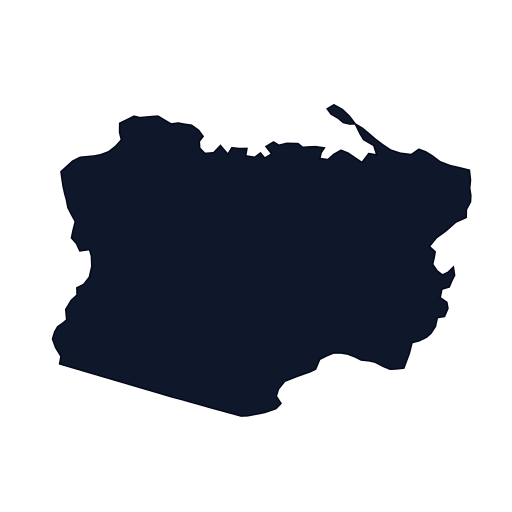 the district of Fortim, Ceará, Brazil, rotated 8°
{"feature_id": "56859067B63488334725218", "entity_name": "Fortim", "entity_type": "district", "adm_level": 2, "iso_a3": "BRA", "parent_name": "Brazil", "parent_adm1": "Ceará", "projection": "orthographic", "projection_center": [-37.861, -4.461], "detail": "fine", "context": "isolated", "style": "filled", "palette": "ink", "viewbox_px": 512, "rotation_deg": 8, "n_neighbors": 0, "source": "geoboundaries", "source_scale": "gbopen_adm2", "svg_char_len": 2198}
<svg xmlns="http://www.w3.org/2000/svg" viewBox="0 0 512 512"><g transform="rotate(8 256 256)"><path d="M458.8,188.6L457.9,180.6L460.9,172.6L460.4,166.4L458.2,159.0L457.9,151.1L455.4,141.3L446.0,140.3L435.5,139.4L425.1,137.0L416.3,132.1L409.6,129.2L402.4,127.6L395.7,133.9L384.6,134.1L374.6,132.3L365.7,128.0L358.0,123.7L351.3,119.4L343.9,114.8L335.9,111.4L342.1,120.6L346.4,125.8L357.2,130.2L361.5,139.1L353.4,138.8L347.9,148.6L340.9,145.2L332.8,141.2L325.5,139.4L318.7,144.6L313.8,150.5L305.6,150.5L306.2,144.6L308.7,139.4L299.5,139.4L293.1,140.6L287.2,141.9L282.0,138.8L270.7,140.1L263.3,143.1L257.5,140.6L250.6,146.2L257.3,152.7L251.0,157.8L246.1,153.3L241.0,158.4L231.8,158.2L232.1,150.7L224.4,151.9L217.0,152.1L214.0,159.1L205.4,151.5L199.7,159.6L191.1,161.5L185.3,157.0L183.9,150.4L187.0,144.9L181.6,139.4L173.9,135.4L166.9,135.4L160.4,135.1L153.6,137.0L147.5,134.5L139.5,131.1L133.8,132.3L121.7,135.1L115.7,134.5L110.4,138.2L102.5,143.5L103.7,152.6L106.5,159.7L101.8,166.7L95.7,173.1L88.3,177.2L82.0,179.4L68.1,182.7L61.1,187.6L51.1,199.6L53.1,206.7L55.3,214.1L58.0,221.2L60.3,226.4L63.0,234.3L67.3,240.4L72.2,247.0L71.3,255.3L70.7,263.8L76.5,268.7L80.8,275.5L90.2,272.8L93.0,278.9L94.8,289.1L93.9,300.1L89.3,308.1L83.0,312.4L84.2,319.5L79.1,325.7L75.0,335.4L77.4,345.6L73.4,349.9L69.4,353.6L67.2,359.1L66.0,366.5L70.3,374.6L76.8,382.5L76.5,390.2L192.9,407.4L200.8,408.3L234.6,412.9L263.6,416.6L270.1,415.4L286.4,409.8L297.0,404.4L301.3,398.5L295.6,392.0L296.8,384.6L301.9,376.1L312.4,370.1L319.8,366.2L325.3,363.4L330.8,359.8L333.5,349.5L340.0,345.0L346.3,341.3L353.5,340.3L360.4,340.4L368.2,342.2L374.6,344.4L382.8,344.1L388.7,344.6L397.5,347.7L404.6,349.5L410.8,348.3L418.0,346.5L421.4,331.2L422.6,320.1L429.4,317.3L436.1,312.8L440.1,308.1L443.5,300.8L444.2,291.8L451.1,289.7L453.4,281.2L451.5,275.3L444.2,271.6L444.7,263.0L451.7,259.8L453.4,253.4L455.4,247.5L453.0,239.4L448.4,245.4L443.2,248.8L437.4,245.4L432.1,239.6L432.7,232.8L432.9,226.9L426.4,222.4L432.1,212.9L440.7,204.6L449.1,194.7L458.8,188.6ZM335.9,111.4L329.2,104.6L321.0,98.8L312.1,95.4L306.0,100.3L310.5,105.0L318.1,108.1L323.8,111.7L330.4,112.3L335.9,111.4Z" fill="#0f172a" stroke="#020617" stroke-width="1.5"/></g></svg>